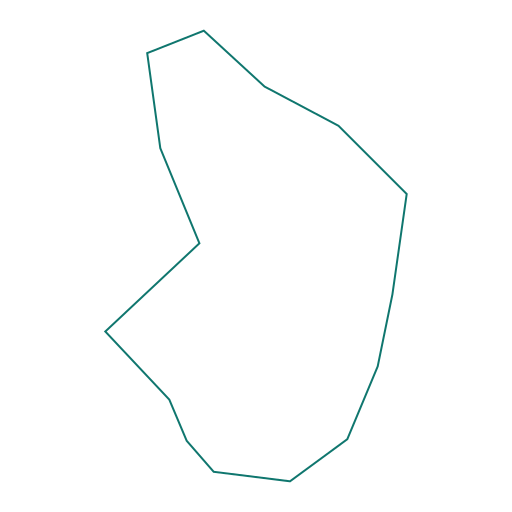 SVG path tracing the border of Érd
{"feature_id": "HUN-4907", "entity_name": "Érd", "entity_type": "Urban county", "adm_level": 1, "iso_a3": "HUN", "parent_name": "Hungary", "parent_adm1": "", "projection": "equal_earth", "projection_center": [18.891, 47.383], "detail": "fine", "context": "isolated", "style": "outline", "palette": "teal", "viewbox_px": 512, "rotation_deg": 0, "n_neighbors": 0, "source": "natural_earth", "source_scale": "10m", "svg_char_len": 316}
<svg xmlns="http://www.w3.org/2000/svg" viewBox="0 0 512 512"><path d="M406.7,194.0L392.4,294.5L377.7,366.4L347.3,439.2L290.0,481.3L213.7,471.8L186.7,440.8L169.3,399.6L105.3,331.5L199.4,243.3L160.3,148.2L147.2,53.1L203.8,30.7L264.6,86.6L338.5,125.8L406.7,194.0Z" fill="none" stroke="#0f766e" stroke-width="2"/></svg>